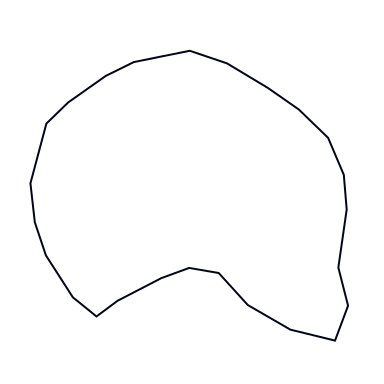 outline of Mingachevir City, Mingəçevir, Azerbaijan, rotated 183°
{"feature_id": "54616110B16521863868797", "entity_name": "Mingachevir City", "entity_type": "district", "adm_level": 2, "iso_a3": "AZE", "parent_name": "Azerbaijan", "parent_adm1": "Mingəçevir", "projection": "natural_earth1", "projection_center": [47.024, 40.77], "detail": "fine", "context": "isolated", "style": "outline", "palette": "ink", "viewbox_px": 384, "rotation_deg": 183, "n_neighbors": 0, "source": "geoboundaries", "source_scale": "gbopen_adm2", "svg_char_len": 506}
<svg xmlns="http://www.w3.org/2000/svg" viewBox="0 0 384 384"><g transform="rotate(183 192 192)"><path d="M299.5,76.3L280.9,62.7L260.6,79.5L218.1,104.4L190.9,116.0L161.1,112.5L130.3,82.0L86.6,59.7L41.4,51.1L39.4,57.4L30.2,86.6L41.9,124.2L36.6,182.6L41.3,217.1L58.9,253.2L89.8,280.1L121.7,299.9L163.8,322.3L201.6,332.9L228.6,326.0L256.9,318.7L284.1,303.5L320.3,275.0L341.0,252.7L353.8,192.2L347.4,153.6L334.6,121.1L310.0,86.9L305.4,80.5L299.5,76.3Z" fill="none" stroke="#020617" stroke-width="2"/></g></svg>